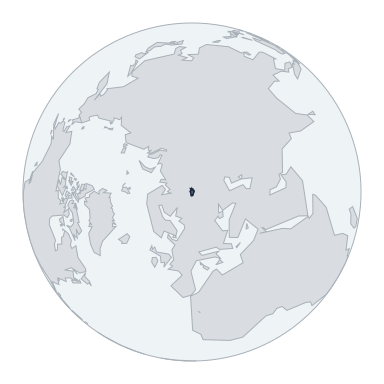 globe centered on Ivanovo, rotated 284°
{"feature_id": "RUS-2355", "entity_name": "Ivanovo", "entity_type": "Region", "adm_level": 1, "iso_a3": "RUS", "parent_name": "Russia", "parent_adm1": "", "projection": "orthographic", "projection_center": [41.756, 57.059], "detail": "fine", "context": "on_globe", "style": "filled", "palette": "slate", "viewbox_px": 384, "rotation_deg": 284, "n_neighbors": 0, "source": "natural_earth", "source_scale": "10m", "svg_char_len": 12337}
<svg xmlns="http://www.w3.org/2000/svg" viewBox="0 0 384 384"><g transform="rotate(284 192 192)"><circle cx="192" cy="192" r="169" fill="#eef3f6" stroke="#a8b0b8"/><path d="M130.6,34.6L134.8,33.0L132.1,34.0L136.6,32.4L141.4,30.9L149.9,28.6L161.2,27.6L165.6,31.6L161.0,31.8L162.6,33.0L168.5,33.0L172.0,32.8L185.5,39.3L204.7,43.6L212.2,42.4L209.4,44.9L224.6,41.4L235.9,43.5L222.2,42.8L220.1,44.0L227.3,46.0L226.7,47.8L229.9,49.9L228.5,51.9L220.6,51.7L219.6,53.1L224.8,54.5L226.7,57.6L219.2,55.3L221.8,60.7L209.0,61.9L190.2,55.3L182.1,58.8L160.1,59.7L161.2,61.8L153.5,63.8L151.9,67.1L148.3,66.6L150.1,69.8L153.7,69.6L155.7,71.0L155.0,73.0L150.3,72.6L149.9,71.6L148.2,72.5L146.2,71.5L146.8,73.2L141.2,72.6L145.8,76.2L140.4,78.3L137.0,77.2L138.7,73.3L134.9,62.1L131.9,60.3L126.0,61.3L112.0,71.3L108.1,71.1L101.9,73.7L103.4,75.5L108.8,74.1L110.0,78.3L116.4,76.4L117.8,77.9L123.9,77.8L121.5,82.2L115.9,86.6L110.7,87.0L108.1,89.1L111.8,92.4L101.0,97.1L91.8,107.3L89.2,108.2L86.2,102.8L89.3,93.1L85.5,87.3L86.4,95.6L79.8,98.2L78.1,100.7L77.5,103.4L79.4,104.2L76.8,106.2L75.0,98.4L77.3,96.5L77.8,98.9L79.2,94.5L77.9,89.8L74.7,91.7L76.1,83.4L73.8,84.8L72.9,83.9L76.4,82.2L70.0,85.3L71.2,78.0L62.6,84.6L72.7,74.9L77.4,69.9L82.3,64.8L80.9,65.7L89.3,58.5L93.8,54.5L93.0,55.1L104.9,47.2L117.5,40.3L130.6,34.6ZM33.1,134.6L30.7,142.1L26.0,160.6L23.7,177.7L23.2,184.9L23.2,185.1L24.2,172.2L26.2,159.5L29.2,146.9L33.1,134.6ZM23.3,202.0L25.0,217.0L28.1,232.5L29.2,237.1L26.4,225.6L24.5,213.9L23.3,202.0ZM60.7,86.1L49.5,102.0L53.7,95.1L53.3,95.8L56.6,91.3L62.0,84.3L66.4,79.1L60.7,86.1ZM60.6,88.3L62.4,85.9L60.9,88.0L60.6,88.3ZM173.7,32.5L168.7,32.9L163.5,32.3L167.8,31.7L173.7,32.5ZM183.3,34.5L180.8,35.0L179.3,33.1L181.2,33.4L183.3,34.5ZM217.7,41.4L213.7,40.7L217.8,40.8L217.7,41.4ZM230.6,49.8L231.9,49.5L233.0,50.8L230.6,49.8ZM124.9,75.5L124.4,76.6L123.5,76.0L124.9,75.5ZM127.9,74.4L127.2,72.9L128.6,72.2L129.0,73.2L127.9,74.4ZM231.9,55.1L233.2,57.3L230.5,55.0L231.9,55.1ZM128.5,76.5L131.1,71.2L133.5,70.0L137.0,72.7L128.5,76.5ZM233.1,58.6L236.4,64.3L239.6,64.0L232.4,68.3L232.0,61.9L228.1,58.9L231.6,59.7L233.1,58.6ZM155.1,68.7L151.2,68.9L155.0,66.9L155.1,68.7ZM157.1,67.1L165.9,59.4L171.3,60.3L167.3,62.6L174.7,62.4L173.0,66.5L168.5,67.6L165.4,66.2L167.1,68.9L157.1,67.1ZM227.9,69.9L227.5,71.3L226.4,69.8L227.9,69.9ZM156.8,71.4L158.1,69.7L162.8,70.3L161.1,73.8L160.1,72.5L156.8,71.4ZM177.6,60.4L180.8,61.6L180.3,65.2L181.5,66.2L173.4,66.7L177.6,60.4ZM158.7,73.4L160.1,75.6L157.2,77.2L155.8,73.1L158.7,73.4ZM164.8,69.0L167.0,69.4L165.2,70.3L164.8,69.0ZM148.0,84.6L149.4,82.3L152.0,82.4L148.0,84.6ZM160.8,76.4L161.7,75.8L162.9,75.6L163.2,77.4L160.8,76.4ZM173.6,69.3L172.7,70.7L176.9,69.3L176.7,72.1L171.3,72.0L173.5,73.2L173.5,74.1L169.2,73.1L173.6,69.3ZM167.1,78.8L160.3,79.9L157.0,84.0L154.6,84.0L160.3,77.5L167.1,78.8ZM168.7,75.5L167.2,77.5L165.0,76.4L164.6,74.4L168.7,75.5ZM178.4,74.1L180.1,69.8L181.2,70.0L178.4,74.1ZM166.6,80.2L168.3,79.9L166.6,80.6L166.6,80.2ZM175.3,76.2L175.7,74.6L177.0,74.9L175.3,76.2ZM171.2,80.8L169.0,81.1L168.7,79.6L171.2,80.8ZM173.4,78.8L175.0,79.6L169.9,78.9L173.4,78.1L173.4,78.8ZM176.4,76.7L177.3,76.3L176.0,77.3L176.4,76.7ZM173.6,86.2L167.2,85.7L166.6,82.5L172.8,83.3L173.6,86.2ZM132.2,350.0L124.8,346.8L110.8,335.9L114.1,333.5L112.2,328.9L100.1,312.7L102.7,307.2L99.7,302.5L93.3,299.8L89.9,293.9L86.2,291.4L63.5,276.4L57.2,264.8L51.4,238.5L56.0,235.1L58.0,226.1L90.6,215.8L96.2,222.6L120.3,231.6L123.1,234.4L118.8,241.5L135.8,258.7L143.0,254.0L159.8,263.5L171.9,265.1L178.8,250.4L158.9,247.5L157.0,239.1L174.0,234.8L191.6,237.2L191.3,234.1L181.5,226.2L186.7,220.6L178.2,222.9L180.7,226.5L175.5,228.2L172.8,225.0L174.8,223.1L169.8,220.9L161.7,231.1L163.4,235.9L149.7,234.9L151.3,242.8L147.1,245.2L143.0,232.7L144.3,228.8L135.5,213.1L132.9,217.0L141.0,232.3L137.9,230.3L134.3,236.2L134.6,230.2L126.4,212.9L114.9,210.1L98.0,219.1L91.7,216.2L87.5,208.8L95.8,194.3L108.9,202.6L112.1,198.0L111.3,187.6L115.3,191.1L116.6,188.1L121.8,190.7L130.9,186.5L136.4,188.3L141.7,179.3L145.3,179.1L141.1,184.4L141.1,189.2L155.0,193.7L158.2,192.4L160.6,186.3L164.1,188.5L164.7,182.0L173.5,181.5L163.2,176.8L165.7,170.0L172.0,165.9L170.9,162.9L160.6,169.7L158.2,173.2L159.1,177.5L150.9,186.9L145.7,187.0L147.3,174.3L140.1,173.3L144.5,164.3L169.6,150.9L179.2,149.5L191.2,161.5L188.0,165.6L182.0,163.3L185.8,171.8L186.3,168.0L189.3,170.0L192.4,164.4L194.6,165.5L193.8,158.3L196.9,159.0L197.4,163.6L204.6,156.3L211.5,156.5L212.1,154.3L210.8,152.0L220.4,154.0L220.4,152.3L217.2,151.0L215.2,146.9L215.3,140.6L218.6,141.6L219.0,144.0L224.9,150.9L225.4,157.4L226.8,157.2L227.1,151.8L220.0,143.4L219.1,139.4L223.0,142.8L221.5,141.2L222.1,139.5L225.8,138.9L221.8,135.0L224.0,116.1L231.4,113.4L234.6,118.3L239.6,107.2L247.6,105.6L244.7,104.3L245.1,98.5L242.6,98.9L241.2,97.9L241.2,83.9L243.8,81.7L240.5,74.8L239.0,74.2L236.9,75.4L232.4,68.3L239.6,64.0L242.6,65.5L245.1,62.1L251.7,66.2L258.3,68.2L264.1,75.0L268.8,76.3L269.2,74.8L275.9,75.6L288.3,82.8L276.5,83.3L257.5,75.1L265.1,78.9L262.9,80.0L265.2,82.7L270.6,85.3L271.6,84.4L277.5,100.0L289.4,112.2L289.9,105.7L294.0,104.8L308.0,114.5L321.5,141.3L327.2,141.5L330.1,144.6L330.8,150.9L326.6,146.5L323.9,149.0L321.5,145.7L321.2,154.8L317.6,150.6L319.2,160.0L322.8,161.2L324.3,154.5L327.2,164.8L333.6,164.4L338.6,170.4L341.8,192.2L338.9,205.7L339.6,208.4L336.2,210.0L335.1,219.2L343.9,223.3L344.8,226.7L341.4,241.0L340.7,238.9L331.9,243.1L332.6,252.5L339.4,251.1L341.8,255.4L337.6,259.2L334.9,255.6L331.7,256.9L330.9,249.5L325.1,242.3L320.7,249.7L319.4,245.2L310.8,241.1L303.6,251.3L293.3,273.5L294.6,285.2L289.8,293.2L277.5,282.6L272.7,271.9L267.8,275.5L255.6,269.0L233.0,275.1L230.2,272.1L225.9,274.7L217.3,272.6L213.2,267.2L207.9,268.2L218.9,282.1L224.7,280.9L230.2,274.1L232.1,279.1L240.4,281.8L229.7,296.5L197.0,310.2L194.5,301.2L173.5,272.9L174.6,269.7L174.5,269.3L174.3,268.6L171.6,273.8L168.2,267.6L178.6,288.6L180.1,296.7L196.5,310.7L194.8,312.1L200.3,314.6L218.9,309.7L218.8,312.6L209.6,325.9L184.5,340.7L188.3,348.4L187.3,353.7L172.7,355.5L175.1,358.2L167.7,358.0L168.0,358.8L162.7,358.4L159.1,357.7L145.5,354.4L132.2,350.0ZM77.9,226.8L76.7,229.4L77.9,226.8ZM209.3,247.4L220.4,246.9L216.7,237.1L220.7,236.1L218.0,233.3L216.4,236.4L210.1,228.2L215.3,224.6L214.6,220.1L210.9,220.1L202.3,228.1L211.4,239.6L208.3,244.0L209.3,247.4ZM30.6,142.5L29.7,145.2L30.4,142.8L30.6,142.5ZM53.2,95.7L51.3,98.5L50.0,100.5L51.2,98.7L53.2,95.7ZM40.4,119.4L38.8,123.1L40.0,119.9L40.4,119.4ZM48.0,104.5L41.6,116.6L43.9,111.1L48.1,103.6L45.9,107.8L48.0,104.5ZM59.2,89.0L57.7,90.9L57.4,91.1L59.2,89.0ZM59.5,89.9L59.9,89.3L61.1,88.0L59.5,89.9ZM79.9,98.7L80.0,99.4L78.9,102.2L78.4,101.1L79.9,98.7ZM80.6,114.1L76.4,117.0L79.0,114.0L77.4,112.9L80.9,105.4L88.1,108.3L84.2,108.2L80.6,114.1ZM87.5,96.6L84.5,100.8L87.5,96.1L87.5,96.6ZM118.7,169.4L119.9,172.8L117.0,175.6L110.0,174.1L114.1,169.9L118.7,169.4ZM122.1,176.9L125.6,165.2L130.1,166.0L127.0,167.5L129.6,169.1L125.3,172.1L126.1,184.6L123.6,187.9L112.2,182.8L117.3,182.5L115.9,179.1L122.1,176.9ZM126.7,136.4L128.2,132.1L135.9,139.2L133.5,142.5L126.4,141.0L125.0,136.2L126.7,136.4ZM134.2,82.5L134.4,80.8L135.7,80.9L136.6,82.3L134.2,82.5ZM148.4,83.5L135.1,89.9L134.6,88.3L127.5,94.4L123.2,92.5L128.0,88.6L119.4,91.9L122.0,87.6L116.4,90.4L127.4,81.8L129.4,78.3L128.8,82.9L132.6,84.6L134.8,84.3L142.7,81.0L148.9,74.6L153.7,75.6L155.4,78.0L154.7,79.6L151.8,78.4L152.8,81.6L148.1,81.1L148.4,83.5ZM173.0,109.1L170.0,106.4L171.3,113.8L166.6,112.9L167.0,113.8L163.0,115.1L159.0,118.3L157.0,117.3L156.3,119.0L153.6,120.0L152.0,122.1L147.9,121.0L145.5,123.5L145.0,121.6L141.9,126.2L142.4,122.3L139.0,123.4L140.3,126.6L122.6,117.1L114.8,116.5L108.1,118.4L109.7,111.7L117.1,106.0L126.8,101.8L134.1,103.5L133.5,100.3L136.8,100.3L135.9,102.8L139.3,98.9L141.8,99.5L150.4,96.7L153.8,91.0L157.1,89.9L157.0,92.5L160.3,89.7L162.3,93.9L164.7,93.3L169.1,96.9L167.5,102.4L170.3,101.4L173.8,104.3L173.0,109.1ZM174.7,87.3L173.9,93.8L170.9,96.6L164.5,89.1L162.1,89.1L157.9,84.7L162.3,80.8L163.1,82.4L164.9,83.1L162.8,84.0L165.8,83.7L167.0,86.0L169.7,86.4L168.7,88.4L174.7,87.3ZM127.2,232.7L129.5,234.0L133.3,235.1L131.2,238.9L127.2,232.7ZM121.4,221.0L123.6,221.4L122.4,227.1L120.0,225.8L121.4,221.0ZM125.9,216.9L123.8,221.0L123.5,218.0L125.9,216.9ZM143.3,184.5L145.8,184.6L145.6,186.2L143.8,187.9L143.3,184.5ZM175.9,132.0L174.7,129.7L175.7,129.0L176.2,123.4L179.8,123.8L180.8,127.3L175.9,132.0ZM174.8,252.7L170.8,255.3L169.2,253.6L170.9,253.0L174.8,252.7ZM149.5,247.9L154.8,251.2L148.8,248.9L149.5,247.9ZM179.9,131.4L179.7,129.0L181.6,130.7L179.9,131.4ZM182.4,123.8L184.8,125.2L180.3,123.1L182.4,123.8ZM216.7,351.4L206.3,358.8L198.1,359.2L196.1,357.9L199.6,353.7L208.9,351.6L213.4,348.7L216.7,351.4ZM354.0,240.0L353.2,242.7L353.7,241.0L354.4,238.5L354.0,240.0ZM352.6,244.2L345.6,260.4L342.3,265.5L343.4,262.6L348.7,252.8L352.6,244.2ZM343.1,263.1L337.6,268.1L327.3,267.1L331.0,263.1L341.3,258.2L340.7,260.4L344.1,258.2L343.1,263.1ZM355.0,231.5L354.3,236.5L350.8,245.3L349.0,248.7L347.7,246.3L348.5,242.1L350.1,238.9L354.3,216.5L356.2,214.1L355.4,222.1L356.8,221.9L355.0,231.5ZM295.4,285.8L299.6,289.7L296.8,292.7L295.4,285.8ZM354.4,204.3L353.8,213.9L353.9,203.4L354.4,204.3ZM353.5,196.0L354.4,197.8L353.1,197.9L353.5,196.0ZM341.0,211.6L339.4,215.6L338.6,214.1L340.2,208.1L341.0,211.6ZM342.3,175.6L345.1,180.4L345.8,182.7L343.7,181.5L342.3,175.6ZM209.9,133.0L205.1,140.3L204.1,146.2L207.2,150.3L200.8,147.8L202.4,138.7L209.9,133.0ZM221.9,118.0L219.1,114.7L221.6,114.2L222.6,114.9L221.9,118.0ZM219.3,117.3L213.5,116.9L212.8,113.8L217.5,114.8L219.3,117.3ZM196.6,123.9L195.0,126.0L193.5,124.5L196.6,123.9ZM359.9,210.8L359.8,211.3L360.1,209.0L359.9,210.8ZM357.5,220.1L357.9,220.9L359.1,213.7L358.2,220.3L358.5,220.6L358.0,223.4L357.8,222.7L356.9,228.6L356.3,230.9L356.4,228.3L357.3,221.1L357.9,216.6L359.8,205.8L357.5,220.1ZM360.6,202.5L360.4,201.1L360.5,198.0L360.7,197.8L360.6,202.5ZM359.1,198.7L357.7,199.4L357.2,204.5L357.5,191.9L358.9,193.3L359.1,198.7ZM356.7,194.5L356.3,199.3L356.2,192.7L356.7,194.5ZM355.8,199.0L354.9,196.9L355.6,194.4L355.8,199.0ZM357.1,192.7L355.9,187.8L356.9,188.9L357.1,192.7ZM352.5,192.4L355.5,190.6L353.0,196.6L349.3,188.6L350.0,185.1L352.5,192.4ZM334.1,139.7L331.9,138.1L331.7,134.5L333.2,136.6L334.1,139.7ZM328.7,122.0L330.8,133.1L332.2,142.4L333.5,141.3L336.8,146.9L333.1,146.4L329.7,137.0L329.2,130.7L325.9,126.6L323.6,120.3L319.1,117.0L317.0,113.5L320.9,114.6L328.7,122.0ZM317.1,115.9L308.4,108.8L309.4,104.0L311.5,104.4L315.1,109.6L314.4,111.9L317.1,115.9ZM306.6,105.7L305.8,107.9L291.5,103.7L288.7,101.7L300.1,101.9L300.0,104.0L303.4,106.0L306.6,105.7ZM229.3,71.5L227.7,71.3L228.9,70.5L229.3,71.5ZM239.9,98.2L238.2,96.7L239.8,95.6L239.9,98.2ZM234.5,91.9L233.9,94.2L233.1,91.4L234.5,91.9ZM232.8,99.4L233.0,94.9L234.8,99.9L232.8,99.4Z" fill="#d9dde1" stroke="#a8b0b8" stroke-width="1"/><path d="M191.8,190.0L192.0,190.0L192.3,190.3L192.5,190.5L192.9,190.5L192.9,190.4L193.0,190.4L193.3,190.3L193.5,190.2L193.7,190.3L193.7,190.5L193.8,190.7L193.7,190.7L193.7,190.8L193.7,191.0L193.9,191.0L194.0,191.0L194.2,190.9L194.3,190.7L194.2,190.5L194.2,190.4L194.3,190.3L194.3,190.5L194.3,190.8L194.5,190.7L194.7,190.3L194.8,190.3L194.9,190.2L194.9,190.3L194.8,190.5L195.0,190.5L195.1,190.8L195.2,191.0L195.3,191.0L195.2,191.1L195.1,191.3L194.9,191.3L194.9,191.5L194.8,191.8L195.0,191.8L195.1,192.0L194.9,192.2L194.9,192.3L194.6,192.5L194.4,192.6L194.2,192.5L193.9,192.7L193.7,192.7L193.7,192.9L193.7,193.0L193.8,193.2L193.9,193.3L193.8,193.5L193.7,193.5L193.8,193.6L193.7,193.7L193.4,193.7L193.4,193.8L193.5,193.8L193.4,193.8L193.2,193.9L192.9,193.7L192.8,193.8L192.7,193.9L192.5,194.0L192.4,194.0L192.3,193.9L192.3,193.7L192.2,193.5L191.9,193.6L191.7,193.7L191.3,193.7L191.0,193.7L190.9,193.7L190.7,193.6L190.5,193.4L190.4,193.4L190.2,193.4L189.9,193.4L189.9,193.5L189.7,193.5L189.5,193.8L189.4,193.8L189.3,193.7L189.2,193.7L189.0,193.4L188.9,193.3L188.9,193.2L189.0,193.2L188.9,192.9L188.6,192.6L188.4,192.7L188.4,192.8L188.2,192.8L188.2,192.7L188.3,192.5L188.3,192.4L188.4,192.2L188.5,192.2L188.4,192.1L188.6,192.0L188.6,191.9L188.8,191.8L188.9,191.7L189.1,191.6L189.3,191.5L189.5,191.5L189.6,191.4L189.9,191.3L190.0,191.3L190.1,191.2L190.3,191.2L190.6,191.2L190.8,191.2L191.0,191.0L191.1,190.9L191.3,190.9L191.5,190.8L191.7,190.7L191.8,190.6L191.8,190.4L191.7,190.3L191.7,190.2L191.8,190.0L191.8,190.0Z" fill="#64748b" stroke="#1e293b" stroke-width="1.5"/></g></svg>